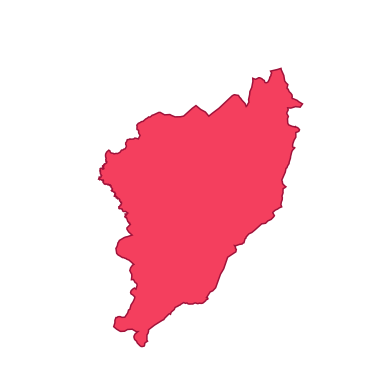 the district of Upper West Akim, Eastern, Ghana, rotated 316°
{"feature_id": "2480657B98999442599484", "entity_name": "Upper West Akim", "entity_type": "district", "adm_level": 2, "iso_a3": "GHA", "parent_name": "Ghana", "parent_adm1": "Eastern", "projection": "mercator", "projection_center": [-0.558, 5.807], "detail": "fine", "context": "isolated", "style": "filled", "palette": "rose", "viewbox_px": 384, "rotation_deg": 316, "n_neighbors": 0, "source": "geoboundaries", "source_scale": "gbopen_adm2", "svg_char_len": 6036}
<svg xmlns="http://www.w3.org/2000/svg" viewBox="0 0 384 384"><g transform="rotate(316 192 192)"><path d="M129.3,279.9L129.8,278.6L129.3,278.0L135.6,276.5L138.3,277.5L142.5,277.3L155.4,270.9L161.4,269.3L172.3,263.7L182.0,265.5L184.1,264.0L184.0,262.9L185.0,261.8L185.4,260.1L186.1,261.0L190.2,262.9L190.6,263.4L192.2,264.3L192.8,264.1L194.1,264.6L197.6,262.5L198.9,262.6L199.5,262.0L203.8,261.6L207.0,262.7L210.8,263.0L220.0,263.3L223.2,265.6L226.5,265.5L229.9,266.7L233.3,266.6L234.8,266.3L235.7,263.0L236.4,262.8L239.5,262.9L241.5,263.7L244.0,264.1L246.2,265.0L247.2,262.8L249.4,261.2L251.4,260.3L253.1,258.8L253.9,257.4L256.9,255.9L258.0,254.6L259.9,252.9L261.7,253.4L263.2,253.5L262.9,251.8L263.0,248.9L264.2,247.3L264.9,245.8L272.9,242.5L276.0,240.3L277.2,240.5L278.9,239.6L281.5,239.0L282.7,238.0L286.4,236.0L287.5,235.0L291.8,232.3L293.3,231.8L296.6,231.6L296.5,231.0L295.7,230.1L295.8,229.8L296.1,228.9L297.2,228.1L297.5,227.6L301.4,225.6L304.8,224.7L308.0,221.3L309.9,222.2L311.3,222.5L312.6,221.9L312.8,219.9L312.4,218.3L311.7,217.4L311.9,216.9L311.2,216.8L311.1,216.3L309.8,214.6L308.2,211.0L308.6,209.1L311.6,205.6L313.8,204.6L314.7,201.4L315.3,200.8L318.2,199.8L319.3,197.9L321.4,200.3L326.1,202.7L326.3,203.2L327.9,205.0L328.7,206.1L332.7,205.4L331.5,201.2L331.3,199.1L329.6,195.1L329.1,194.6L329.4,193.6L330.2,193.2L331.4,191.6L331.7,189.5L331.6,187.3L332.6,184.8L332.3,183.7L332.9,183.0L335.6,181.3L335.5,179.0L335.8,176.5L339.0,171.9L341.1,166.1L341.9,164.9L338.5,163.2L332.5,159.6L332.0,161.6L331.5,162.0L330.6,162.2L329.6,163.1L327.7,163.5L326.1,164.6L323.4,165.5L322.7,165.6L321.9,165.3L321.1,164.9L320.6,163.9L320.7,163.3L321.4,162.2L321.4,161.6L320.9,160.2L321.0,159.1L320.1,156.9L319.3,156.1L317.6,155.7L316.1,155.1L315.7,154.6L314.7,152.4L312.7,154.7L307.6,158.3L303.4,160.0L301.1,162.0L296.8,164.9L295.3,167.0L293.1,167.5L291.8,168.1L290.4,168.1L291.6,165.3L291.7,160.7L292.1,158.4L292.0,157.1L292.5,154.8L290.1,151.5L289.5,151.2L287.8,150.7L269.6,150.5L261.5,149.5L256.8,149.1L257.2,143.8L255.6,138.7L254.9,132.6L250.5,132.0L238.7,131.6L235.9,129.8L232.0,126.2L230.5,122.8L229.9,120.9L225.9,117.5L224.4,112.6L223.4,111.7L217.9,109.8L216.6,109.1L214.8,109.1L214.0,108.9L213.2,108.4L213.0,107.9L211.2,107.8L209.4,107.3L205.9,107.2L204.4,106.2L202.9,106.0L201.1,105.3L198.7,105.6L198.2,106.5L196.0,108.6L195.9,109.0L196.3,110.0L196.2,110.8L195.0,112.0L194.5,112.9L194.0,115.2L190.3,116.5L188.9,114.2L188.2,113.4L186.9,113.4L184.4,111.3L184.3,110.7L183.6,110.7L181.8,109.4L179.8,110.4L178.4,110.6L177.2,111.9L177.1,112.7L176.6,113.5L175.0,114.2L173.9,114.5L172.7,113.8L171.8,113.8L171.1,113.5L170.4,112.9L167.6,113.4L165.1,112.6L164.2,111.5L162.4,110.4L162.1,109.3L161.4,108.5L160.9,107.6L160.9,106.5L161.5,105.4L161.2,104.1L158.4,104.0L156.3,104.7L155.3,105.5L154.2,106.8L153.7,108.1L152.7,108.6L151.7,109.8L151.8,110.4L151.3,110.3L151.2,110.5L151.5,111.1L150.9,111.7L149.2,111.5L148.8,111.1L148.3,111.3L147.8,111.0L147.5,111.1L147.3,111.6L146.9,111.8L146.8,111.5L146.5,111.5L146.1,112.1L145.8,111.9L145.9,111.3L145.8,111.1L145.6,111.2L145.2,112.7L145.1,113.7L144.8,114.0L143.7,113.7L143.6,112.6L143.8,112.3L143.3,112.1L142.6,111.4L141.8,111.5L141.3,112.5L140.6,112.7L140.8,113.2L140.5,113.5L140.1,113.4L139.8,113.8L139.9,114.2L138.8,115.2L138.6,116.6L138.0,117.0L138.2,117.5L137.5,117.6L137.2,117.9L136.8,118.0L136.3,117.6L135.9,117.7L136.0,117.3L135.8,117.1L135.4,117.6L135.1,117.5L135.2,117.1L133.8,117.9L134.4,118.4L134.1,119.0L134.7,119.2L135.0,119.6L135.4,120.7L135.4,121.4L136.4,121.5L136.4,122.0L135.9,122.3L135.9,122.7L134.8,123.1L134.5,125.5L135.1,125.8L135.3,126.6L135.7,126.7L136.3,127.2L136.3,128.1L137.3,128.5L137.5,129.3L137.9,129.8L137.4,129.9L137.9,130.4L138.0,131.0L137.5,131.2L137.8,131.7L137.1,132.4L137.0,134.4L136.3,134.6L136.3,135.0L135.8,135.3L135.1,135.0L135.0,136.0L135.6,136.4L135.6,137.7L136.2,138.4L135.9,139.0L135.9,139.8L135.2,139.8L135.2,140.3L134.7,140.2L134.5,140.5L133.9,140.6L133.8,140.9L133.2,141.1L133.4,141.5L134.4,141.7L134.4,141.9L133.8,142.5L134.5,143.1L134.4,143.3L133.6,143.9L134.1,144.4L133.9,145.0L134.5,144.9L134.5,146.1L134.9,146.6L134.8,147.2L134.2,147.5L133.8,148.2L134.0,149.2L133.5,150.0L134.0,150.5L133.1,151.5L132.5,151.5L131.9,152.0L131.3,151.6L129.7,152.2L129.1,151.8L128.0,153.1L128.3,153.8L129.3,154.6L129.5,155.4L129.8,155.6L129.8,156.1L129.0,157.3L129.0,157.8L129.2,158.5L130.7,159.8L131.2,162.5L130.4,162.3L129.6,162.5L129.2,162.0L129.2,162.7L128.3,162.2L128.3,162.9L127.2,162.8L126.5,163.1L126.4,164.2L127.2,164.7L125.3,168.7L125.6,169.3L125.2,169.9L125.1,170.4L125.6,171.0L125.5,171.3L125.1,171.4L125.1,172.5L120.3,172.6L119.4,173.5L118.7,176.7L119.0,181.4L114.4,179.2L113.2,178.4L111.6,177.7L106.1,176.4L104.4,177.0L103.5,177.1L101.1,178.7L98.9,179.6L98.2,179.6L95.2,183.8L95.1,185.9L95.6,187.5L96.4,190.8L97.3,191.8L97.9,193.5L98.4,194.0L98.4,195.0L99.4,197.2L99.9,203.7L98.4,203.3L95.2,203.9L92.7,205.3L91.8,208.0L91.7,209.0L90.1,210.9L87.5,213.0L89.1,214.3L88.2,217.5L88.5,218.4L88.5,219.8L87.6,221.1L84.2,222.9L83.9,221.1L82.0,220.7L79.8,220.7L78.1,221.5L77.4,222.9L77.9,224.8L78.0,227.8L76.5,228.8L73.5,230.0L69.6,230.9L65.8,233.2L64.4,232.8L61.8,234.3L56.7,235.4L54.5,233.5L53.8,231.8L52.2,230.3L51.1,230.3L50.1,229.5L47.5,230.7L45.7,232.5L42.1,234.5L42.5,238.3L43.4,241.7L43.8,242.7L46.8,245.3L50.1,246.1L53.7,249.2L54.9,253.8L56.0,254.8L52.4,254.6L50.1,255.4L49.3,256.2L48.4,258.0L48.3,259.1L48.5,260.7L47.8,262.6L47.8,266.4L48.1,267.8L48.8,268.6L50.5,269.6L51.6,269.2L52.8,268.0L54.3,268.0L56.4,268.4L56.6,267.3L60.1,263.7L60.6,263.4L62.2,263.1L64.1,261.9L65.0,260.9L72.5,261.7L81.4,263.6L83.1,264.2L84.7,263.8L90.8,263.7L91.3,263.9L91.6,265.0L93.2,264.1L94.4,264.0L97.6,264.2L99.6,263.3L101.6,263.9L102.4,264.4L103.2,264.2L104.8,265.0L106.1,265.0L109.3,265.8L109.9,267.5L111.3,268.3L111.5,269.9L112.3,270.8L114.9,273.2L116.2,273.5L117.2,274.0L117.8,274.9L118.3,276.0L119.0,276.6L120.2,277.2L121.1,278.4L122.0,279.1L123.0,279.5L126.4,279.7L127.8,279.3L128.6,280.0L129.3,279.9Z" fill="#f43f5e" stroke="#9f1239" stroke-width="1.5"/></g></svg>